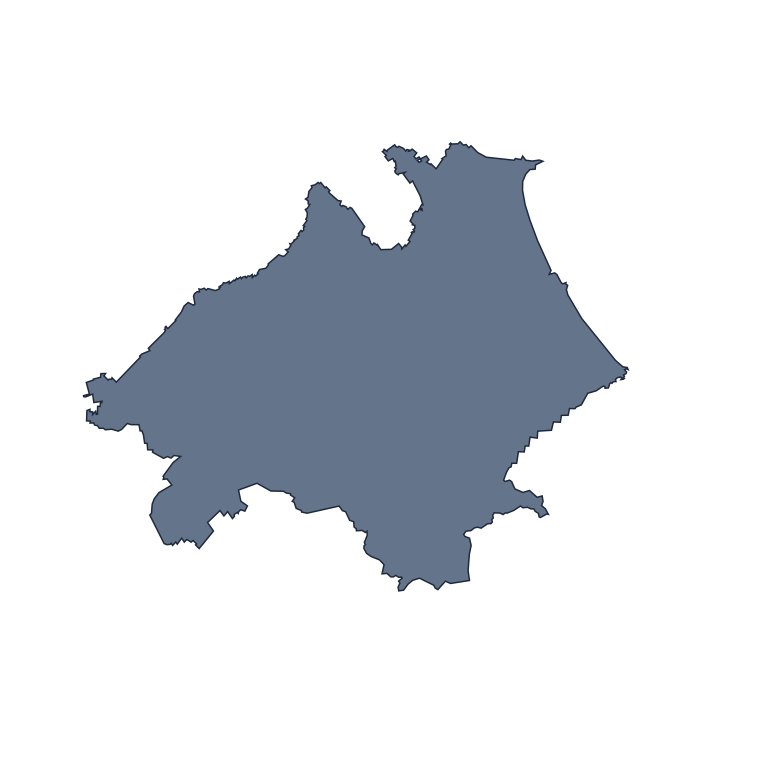 the district of Catemaco, Veracruz, Mexico, rotated 46°
{"feature_id": "50627088B13205785170557", "entity_name": "Catemaco", "entity_type": "district", "adm_level": 2, "iso_a3": "MEX", "parent_name": "Mexico", "parent_adm1": "Veracruz", "projection": "natural_earth1", "projection_center": [-95.032, 18.435], "detail": "fine", "context": "isolated", "style": "filled", "palette": "slate", "viewbox_px": 768, "rotation_deg": 46, "n_neighbors": 0, "source": "geoboundaries", "source_scale": "gbopen_adm2", "svg_char_len": 6170}
<svg xmlns="http://www.w3.org/2000/svg" viewBox="0 0 768 768"><g transform="rotate(46 384 384)"><path d="M543.2,198.4L541.1,197.6L537.5,200.3L527.8,201.1L474.4,196.3L447.6,189.9L442.8,187.2L440.6,183.3L438.2,183.8L437.5,182.7L436.1,185.8L434.4,186.2L425.3,183.6L422.7,184.0L419.9,189.0L418.3,184.9L387.6,174.0L367.9,165.4L353.0,157.9L340.9,149.8L334.7,143.6L331.5,136.3L331.1,130.1L334.5,126.0L331.7,122.7L334.2,115.0L330.8,116.7L326.6,122.5L321.5,126.6L316.4,125.9L317.7,129.6L313.0,132.9L313.4,135.0L291.9,152.9L282.7,155.8L273.1,155.9L272.9,158.9L268.8,158.6L267.2,161.0L262.6,161.0L262.6,163.9L258.5,168.5L257.0,168.7L257.0,170.2L258.4,169.9L260.0,174.1L258.7,176.2L259.2,178.0L263.0,180.8L262.1,185.9L263.1,185.7L265.4,197.0L258.4,197.2L258.7,198.0L254.0,199.3L254.0,195.9L249.4,195.1L247.3,201.8L249.7,202.0L248.9,204.8L246.3,204.8L247.1,201.3L245.0,201.1L244.1,204.6L241.2,204.3L240.5,199.9L234.5,200.6L234.4,203.4L233.7,204.5L233.4,203.3L231.3,204.6L231.5,206.5L228.1,206.3L223.4,208.1L223.2,209.7L221.9,210.4L219.3,210.2L218.1,219.1L218.8,220.3L214.6,221.0L216.1,221.3L215.7,223.7L221.2,223.5L221.1,225.3L226.5,225.9L227.9,221.0L231.2,222.2L231.5,221.0L236.0,224.3L235.9,226.0L237.7,225.8L238.3,228.3L240.2,229.1L243.4,228.5L243.1,227.2L246.4,221.8L246.4,224.3L257.5,225.8L257.8,222.4L273.8,227.3L282.1,231.5L281.1,232.2L282.3,235.8L284.4,235.0L285.6,236.0L282.6,237.0L283.5,240.1L281.7,241.2L281.7,245.3L283.0,246.3L284.9,252.0L289.0,252.0L289.1,253.0L291.4,251.6L293.5,253.9L293.1,255.7L295.3,255.9L295.6,257.2L294.2,257.7L294.0,259.1L295.3,259.4L297.4,266.7L299.5,266.2L300.2,272.5L298.6,272.2L299.3,277.4L297.7,276.2L293.1,275.9L292.3,285.1L285.1,293.0L279.1,291.8L279.2,292.6L275.5,293.2L275.9,295.7L273.7,295.8L268.5,293.4L261.3,296.3L258.7,293.1L257.4,288.6L235.3,285.1L233.4,285.7L233.2,288.7L230.0,288.2L226.9,289.6L227.0,291.1L224.4,291.2L222.6,287.7L220.1,289.7L208.8,290.6L207.3,290.5L207.3,288.6L202.0,288.6L202.0,290.1L195.1,289.5L194.9,291.4L193.2,291.4L192.8,295.3L190.9,298.5L192.7,299.3L193.3,304.3L196.9,308.9L196.4,312.0L199.5,311.3L201.8,313.4L203.3,312.6L204.4,317.2L203.8,319.3L207.5,320.2L210.3,323.2L211.1,325.8L212.9,325.9L214.0,332.1L215.5,331.5L215.7,333.5L217.6,334.8L217.3,337.0L215.9,337.0L216.4,341.2L218.2,342.0L217.8,344.3L219.0,345.4L218.0,348.9L218.7,348.9L218.8,353.8L217.8,354.3L219.7,355.0L220.6,358.7L219.1,361.4L222.5,361.2L222.8,366.3L221.9,368.1L217.9,369.9L217.1,383.9L218.2,384.7L218.6,388.7L215.2,394.0L216.3,398.1L217.3,398.0L217.2,401.3L215.9,401.4L216.0,404.7L213.7,402.8L213.3,405.8L211.8,406.7L211.9,409.4L210.2,409.1L209.0,411.5L209.2,413.3L207.4,412.9L206.8,416.5L205.5,416.5L206.2,419.6L205.0,419.7L204.4,425.5L202.6,424.1L201.6,427.6L199.6,429.1L200.3,431.3L199.7,434.0L200.6,434.4L199.7,435.4L201.3,436.1L199.7,440.3L193.0,444.4L192.9,446.6L190.2,446.8L188.9,449.9L187.1,451.1L189.5,452.7L187.8,454.3L187.4,457.6L188.5,460.0L195.1,464.4L195.0,466.3L189.3,468.3L189.1,473.7L191.4,479.6L193.0,489.8L193.8,489.8L194.0,501.0L191.1,500.8L191.1,502.0L192.1,502.1L192.3,504.0L193.7,504.0L194.3,506.2L194.6,528.7L197.4,529.2L194.2,537.4L194.2,540.4L195.4,540.5L196.7,575.3L190.6,575.3L191.3,576.6L189.6,578.3L189.6,579.7L183.7,579.8L183.0,577.0L179.9,580.4L182.2,583.3L178.6,589.7L179.3,590.2L176.1,597.1L186.6,602.9L183.7,608.2L184.6,608.8L186.0,607.6L188.9,600.6L195.8,605.6L200.5,598.8L201.4,599.9L200.5,601.0L202.9,603.8L201.1,605.5L206.7,611.0L206.0,612.1L203.3,610.3L203.6,614.9L201.7,612.9L199.8,614.8L198.0,613.1L196.7,616.1L203.9,623.6L206.7,621.0L207.9,622.6L210.3,619.9L212.5,620.7L215.0,619.0L218.0,619.6L220.9,616.6L223.3,616.3L227.4,611.3L233.3,607.9L234.4,604.4L234.1,596.1L237.6,594.1L243.1,588.5L248.3,592.0L249.6,590.7L253.5,592.4L260.3,597.3L262.3,595.7L267.1,599.7L271.0,596.1L272.3,597.9L284.3,594.2L285.8,590.2L289.4,588.6L289.5,584.8L294.8,580.6L294.0,590.3L296.9,607.0L298.3,607.2L299.2,609.1L301.6,606.0L309.3,606.8L305.8,621.3L307.0,629.1L309.4,634.2L315.6,641.2L315.5,643.5L346.0,653.0L348.7,651.8L350.8,649.2L350.7,647.7L353.3,648.2L353.0,643.6L355.6,644.0L354.4,636.6L359.0,637.5L358.9,633.8L363.8,632.6L363.9,630.1L368.7,629.9L368.8,631.3L374.0,631.3L371.3,608.8L361.1,607.1L361.1,589.9L367.7,590.8L367.2,585.1L375.5,586.5L375.3,583.5L373.8,582.5L374.4,578.9L375.9,578.8L374.8,577.2L375.0,574.3L378.8,572.4L376.8,566.9L368.9,568.4L359.2,562.3L367.2,544.3L382.4,539.7L391.2,530.9L394.8,529.9L398.0,527.4L398.9,528.4L403.8,527.3L404.6,531.5L406.7,530.8L412.5,533.6L417.5,531.4L418.9,532.2L423.5,529.1L440.6,501.1L446.2,501.9L449.2,500.3L458.2,503.4L462.0,501.5L466.2,504.9L468.8,504.5L470.4,505.8L474.1,501.5L477.9,500.5L478.1,498.5L481.3,501.3L484.4,508.3L486.5,508.9L486.6,510.9L488.4,512.7L493.7,514.2L499.2,513.1L507.4,509.4L514.0,509.5L519.2,517.3L522.3,513.4L527.4,513.1L529.3,511.2L529.9,508.5L533.4,507.6L535.1,505.5L536.3,506.0L535.9,510.4L538.2,510.8L539.9,515.0L543.1,517.1L545.9,513.1L544.7,505.9L545.1,499.9L548.3,493.4L563.3,488.0L566.4,488.9L569.3,488.1L568.5,476.8L573.7,474.7L584.7,459.0L576.7,453.2L565.6,440.7L560.7,433.5L554.3,429.6L549.9,431.7L547.6,431.2L546.8,427.3L549.9,423.2L550.3,419.0L551.8,416.4L555.2,414.2L556.5,406.5L558.7,404.1L558.6,402.0L556.4,400.7L556.3,398.4L554.0,397.1L553.2,394.2L557.6,390.1L560.6,389.1L561.1,386.0L562.4,385.2L565.1,378.4L566.6,370.5L569.5,370.1L572.3,366.5L576.0,365.0L577.8,363.0L580.6,363.7L584.3,362.8L587.5,364.8L588.7,364.1L590.6,357.1L591.9,356.3L585.8,354.6L580.9,355.1L579.0,351.2L574.4,348.0L571.8,352.6L561.7,353.3L558.5,359.4L550.4,362.7L542.9,360.0L540.4,360.5L538.1,364.7L536.3,364.8L532.4,356.8L531.1,352.3L531.9,350.1L529.8,347.1L533.2,343.7L526.1,334.4L530.3,330.3L526.6,325.5L529.2,323.0L523.7,315.9L529.4,311.3L524.7,306.2L533.6,295.7L529.0,288.5L534.0,283.7L529.8,278.2L534.4,273.2L530.5,267.6L534.4,263.8L534.1,261.7L536.1,256.5L532.2,243.9L536.3,236.1L537.7,228.1L538.9,226.9L540.6,227.9L542.7,225.3L540.5,221.2L540.8,219.8L541.9,219.5L541.6,217.6L543.4,215.4L541.5,214.3L541.5,211.8L543.3,208.9L545.0,208.9L545.4,210.5L546.9,208.4L546.9,207.4L545.8,208.2L545.6,205.8L543.9,205.4L544.7,202.7L543.9,201.2L540.8,201.1L541.3,199.2L543.2,198.4Z" fill="#64748b" stroke="#1e293b" stroke-width="1.5"/></g></svg>